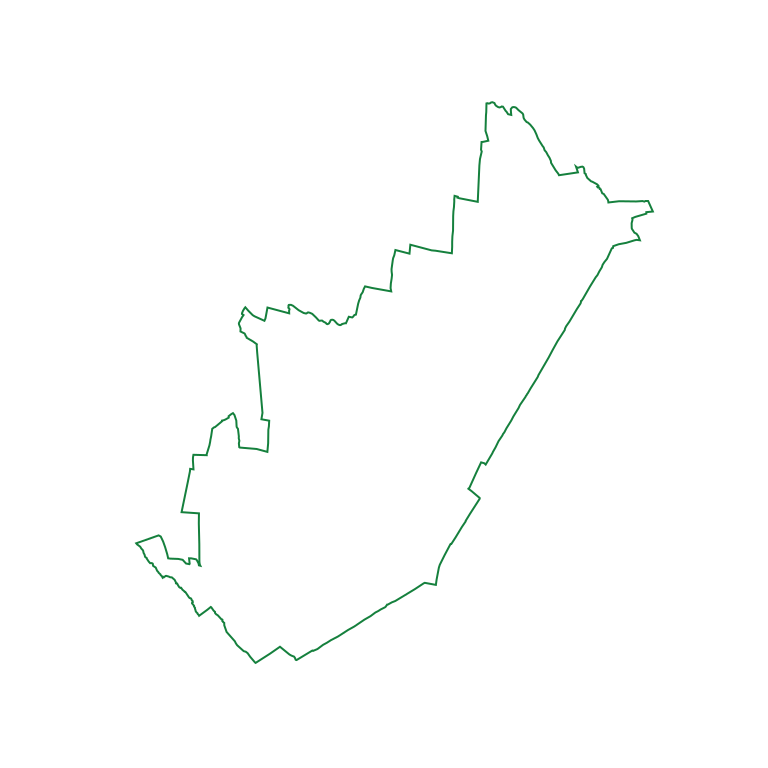 outline of Plugari, Iasi, Romania, rotated 215°
{"feature_id": "2599482B58803848767416", "entity_name": "Plugari", "entity_type": "district", "adm_level": 2, "iso_a3": "ROU", "parent_name": "Romania", "parent_adm1": "Iasi", "projection": "natural_earth1", "projection_center": [27.117, 47.485], "detail": "fine", "context": "isolated", "style": "outline", "palette": "green", "viewbox_px": 768, "rotation_deg": 215, "n_neighbors": 0, "source": "geoboundaries", "source_scale": "gbopen_adm2", "svg_char_len": 6109}
<svg xmlns="http://www.w3.org/2000/svg" viewBox="0 0 768 768"><g transform="rotate(215 384 384)"><path d="M254.5,376.3L255.5,389.3L255.8,390.8L256.3,396.1L257.4,402.9L257.5,409.7L257.8,411.3L257.7,413.4L258.3,418.0L258.8,427.1L259.4,431.5L260.0,441.5L260.6,444.9L260.7,454.6L260.9,455.6L260.8,456.7L261.0,457.7L260.9,458.8L261.4,464.3L262.1,477.9L262.6,480.0L264.3,500.0L265.4,508.9L266.4,518.5L266.9,531.9L267.5,533.2L267.9,535.7L267.9,541.5L269.0,556.2L269.2,562.5L269.4,563.5L270.2,564.9L269.9,565.3L269.9,567.7L271.2,582.3L271.8,592.9L271.6,595.5L272.2,599.7L272.5,604.5L273.3,607.1L273.4,610.5L273.1,614.4L275.2,625.8L274.5,626.8L275.3,628.4L271.9,633.1L266.5,638.6L261.2,645.4L259.7,647.0L256.8,648.5L260.6,651.0L263.3,651.9L265.7,651.6L269.9,653.3L270.5,653.8L273.4,657.8L274.5,660.7L274.9,661.4L275.8,662.1L274.0,665.0L266.8,674.0L267.7,675.2L262.7,679.5L272.6,685.4L274.8,683.9L275.3,682.8L277.2,682.1L282.1,678.2L296.2,668.6L304.3,661.4L305.2,662.4L306.3,663.3L313.0,665.7L314.6,665.4L318.3,667.8L319.1,667.5L319.5,668.0L320.2,668.3L320.9,668.1L321.3,667.7L322.5,667.9L322.4,668.4L321.9,668.9L321.9,669.3L322.4,669.5L324.0,669.8L329.3,669.2L330.7,668.8L335.6,669.4L338.5,671.0L339.0,671.7L340.6,671.7L343.6,675.2L345.1,676.0L346.1,675.9L347.4,674.7L349.0,672.5L349.9,672.1L351.4,672.2L346.5,668.6L360.4,655.4L361.8,656.2L366.0,657.5L374.0,661.0L375.3,662.5L378.3,664.3L381.0,665.4L384.1,667.0L386.5,667.6L388.9,669.4L390.6,669.9L396.8,672.5L399.3,673.8L402.2,675.8L406.1,678.1L408.6,679.1L412.9,680.3L416.0,680.7L417.5,680.4L420.6,681.2L422.3,682.1L424.6,684.6L425.7,685.1L431.0,685.5L434.2,686.1L435.6,685.8L437.1,684.9L437.7,684.0L437.8,681.9L436.0,679.6L434.1,677.4L437.1,676.2L439.8,677.3L441.0,677.5L445.6,679.4L446.8,678.8L447.1,677.9L448.0,676.8L449.3,676.3L451.7,676.2L453.2,676.6L454.7,677.5L456.8,677.0L457.8,676.0L458.1,674.9L459.0,673.8L460.4,673.3L461.0,672.6L456.2,665.4L454.6,662.6L446.0,649.5L441.6,646.2L438.1,643.1L441.8,639.1L442.9,638.2L438.9,631.6L437.3,630.5L434.4,623.3L431.2,617.7L411.7,587.0L429.0,579.3L430.7,578.8L431.0,579.7L434.1,578.6L432.3,575.4L431.3,574.1L428.2,569.1L426.2,565.3L423.7,561.3L415.4,549.2L412.8,544.4L409.8,539.7L406.8,535.4L403.4,530.0L418.3,522.7L421.6,520.8L442.3,513.2L437.9,505.4L451.5,500.3L449.4,495.3L448.7,492.4L448.0,490.8L443.7,482.4L442.1,480.3L440.0,478.0L438.2,474.7L436.0,470.2L433.6,466.3L431.2,464.0L448.9,455.8L455.5,453.1L455.1,450.3L454.1,446.9L454.1,444.1L453.9,443.1L452.9,441.2L452.3,438.2L451.2,434.9L446.8,424.7L447.8,423.6L447.9,421.4L448.2,420.3L451.4,418.9L450.0,411.9L450.7,411.5L452.8,409.0L452.8,408.6L453.2,407.9L453.3,407.4L454.2,406.8L455.5,406.5L456.9,406.5L461.0,407.4L462.2,407.4L463.2,407.0L464.1,406.2L464.3,405.4L463.9,403.9L464.0,403.5L463.8,402.1L464.5,400.7L465.1,400.4L465.9,400.4L466.9,400.7L469.4,400.3L470.9,400.5L471.9,399.9L473.0,398.8L473.8,398.6L477.8,399.5L483.0,400.3L485.6,399.8L487.1,399.2L487.5,398.8L487.9,397.5L488.3,397.0L490.5,396.1L496.2,395.5L503.4,395.9L505.5,395.5L507.1,394.4L507.3,394.2L507.3,393.6L506.5,392.5L506.1,391.6L504.8,391.4L504.2,390.9L503.8,389.6L502.2,387.5L523.3,379.8L518.7,369.7L518.2,367.2L528.9,365.2L531.1,365.1L537.2,366.2L541.6,367.3L541.7,366.2L541.5,363.0L540.9,360.5L540.5,359.9L538.6,359.9L538.6,357.4L537.9,351.3L537.7,350.5L537.0,349.7L533.4,347.3L531.7,344.7L527.3,345.4L526.2,345.0L525.2,344.2L524.0,343.9L523.0,343.1L515.6,343.7L510.9,343.6L510.4,342.5L505.9,337.0L467.7,291.5L467.0,290.7L464.2,284.8L457.0,288.1L454.0,283.3L452.5,280.2L444.9,269.0L440.6,261.5L451.1,257.7L465.7,249.2L466.3,249.2L468.8,252.1L469.9,254.5L471.9,256.3L472.9,257.9L477.9,263.5L479.7,264.1L480.4,264.7L484.0,269.3L488.7,272.8L491.0,273.5L491.8,271.8L492.8,268.5L491.9,267.4L493.5,264.0L494.5,262.4L495.7,261.1L495.3,260.6L497.7,251.8L498.3,251.1L499.0,248.8L495.6,242.0L494.1,238.5L494.0,238.4L493.2,236.8L491.8,233.6L488.9,224.6L488.4,224.0L499.5,216.7L498.3,214.2L496.7,211.8L491.1,204.8L494.1,203.3L492.8,201.0L488.5,191.2L476.3,162.9L461.4,171.9L455.8,163.7L443.3,146.7L434.4,134.1L433.0,132.2L431.4,130.5L430.2,129.8L431.6,129.3L432.9,130.6L436.2,132.3L437.4,132.6L441.9,130.6L443.7,129.4L440.1,125.3L440.1,124.8L443.2,123.4L448.1,124.5L452.2,122.7L458.7,118.5L460.8,117.4L463.9,120.2L469.7,124.8L474.6,128.3L479.4,131.0L481.8,130.7L495.6,111.4L494.3,111.0L490.4,110.9L488.4,110.0L486.4,109.6L485.6,109.2L484.0,107.7L482.3,106.9L480.6,105.4L478.5,105.3L478.2,104.9L474.9,103.6L472.8,103.1L471.5,104.1L470.4,104.2L468.8,102.6L465.7,102.7L462.8,100.9L461.0,100.5L460.3,100.1L457.9,99.8L457.2,99.3L455.8,99.2L454.3,98.4L454.2,99.1L453.8,98.9L453.5,99.2L452.8,101.5L452.4,101.9L449.9,102.8L448.4,103.0L446.9,103.9L443.2,103.5L440.4,102.0L440.1,101.4L439.7,101.4L439.3,101.9L438.8,101.8L437.1,100.9L435.1,100.1L433.8,100.2L433.5,100.7L433.2,100.7L431.2,99.9L428.9,99.7L428.0,99.4L427.6,99.7L427.2,99.6L421.2,97.3L420.3,97.2L419.8,97.5L418.9,97.6L417.4,96.6L416.6,96.6L415.5,95.7L415.4,95.5L415.8,94.9L415.4,94.2L412.4,93.4L412.1,92.8L410.4,92.2L410.1,91.6L408.9,90.8L407.8,89.8L406.6,89.4L405.2,89.2L404.6,88.7L403.2,88.5L402.5,88.1L399.2,97.8L398.0,102.0L397.4,102.0L393.5,100.6L391.7,100.4L391.3,99.7L390.7,99.4L389.3,99.1L387.5,99.2L382.2,98.0L381.6,98.3L381.1,98.2L380.5,97.1L379.5,97.0L379.2,96.7L377.9,96.7L376.4,94.7L370.7,90.6L358.6,87.7L356.6,86.6L354.5,85.8L345.7,84.7L343.7,85.4L341.3,85.3L337.2,83.8L329.9,81.9L329.2,81.9L322.7,97.7L318.5,109.1L306.4,108.2L304.1,108.4L301.3,109.1L299.9,108.6L298.3,107.5L297.7,107.5L297.3,107.7L289.9,124.4L289.5,124.8L289.0,124.7L286.5,128.7L284.3,135.4L282.4,139.2L280.5,143.8L276.9,150.7L272.3,162.0L269.2,168.4L264.9,179.7L261.9,186.1L260.0,191.9L258.5,194.7L257.4,197.4L255.2,201.5L254.9,202.3L254.9,205.1L254.4,205.4L252.3,209.7L250.3,212.7L241.0,233.8L237.2,243.4L236.6,244.5L226.3,249.2L228.8,254.1L233.7,265.0L234.6,267.9L236.2,278.6L237.7,290.7L237.7,291.2L237.1,291.5L237.4,299.6L238.2,311.6L238.3,318.3L238.6,318.7L239.1,326.9L239.8,344.9L240.2,345.5L251.1,346.5L254.8,346.6L254.8,347.0L254.5,347.3L254.5,348.0L257.5,363.9L259.5,375.5L256.4,376.6L254.5,376.3Z" fill="none" stroke="#15803d" stroke-width="2"/></g></svg>